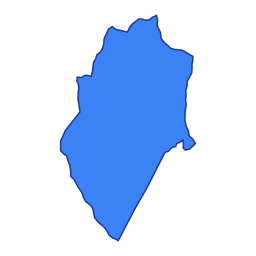 the district of Terra Nova, Bahia, Brazil
{"feature_id": "56859067B99901610018599", "entity_name": "Terra Nova", "entity_type": "district", "adm_level": 2, "iso_a3": "BRA", "parent_name": "Brazil", "parent_adm1": "Bahia", "projection": "equal_earth", "projection_center": [-38.599, -12.402], "detail": "fine", "context": "isolated", "style": "filled", "palette": "blue", "viewbox_px": 256, "rotation_deg": 0, "n_neighbors": 0, "source": "geoboundaries", "source_scale": "gbopen_adm2", "svg_char_len": 1448}
<svg xmlns="http://www.w3.org/2000/svg" viewBox="0 0 256 256"><path d="M94.7,217.8L97.7,221.6L100.2,223.9L102.8,226.0L105.2,228.3L107.0,231.3L109.0,234.9L112.6,238.0L115.8,239.2L118.2,240.6L135.5,207.7L145.1,191.1L146.9,187.9L165.0,152.3L168.3,151.4L171.5,147.8L175.6,146.5L176.9,143.4L180.1,142.2L182.8,140.2L183.4,144.4L183.2,148.0L185.3,150.1L189.7,149.0L192.9,146.1L195.4,143.5L192.8,139.1L189.3,136.0L188.2,130.5L186.4,126.7L185.0,120.8L185.0,115.0L185.3,110.3L186.2,105.1L185.6,100.0L186.0,95.0L185.7,90.6L187.0,86.1L187.2,81.3L189.7,76.9L191.6,73.3L192.0,69.1L192.0,64.7L192.7,60.3L192.9,56.3L190.0,54.8L186.8,52.9L182.5,50.3L177.4,49.7L173.6,49.3L170.5,48.1L167.6,45.4L164.4,42.6L161.2,38.8L160.4,32.3L158.4,28.3L157.0,25.1L157.6,20.3L156.5,15.4L152.2,17.4L148.8,20.1L145.4,20.1L141.9,19.1L139.1,18.9L135.9,21.2L132.6,23.7L129.9,27.0L127.4,32.1L123.1,31.0L118.9,30.1L115.7,29.3L112.2,26.6L108.7,28.9L106.4,33.8L104.2,38.6L103.7,44.0L102.6,48.1L100.8,51.5L96.8,55.0L95.6,59.2L93.6,62.1L93.0,66.6L92.5,71.4L91.0,76.6L88.1,75.4L84.9,75.4L81.3,77.5L77.2,77.1L76.9,81.1L78.4,84.5L78.8,88.3L78.2,92.5L78.0,99.0L79.2,106.3L80.0,111.9L65.2,130.7L63.2,135.5L60.6,141.0L60.6,145.6L60.7,150.7L63.7,153.9L66.5,155.8L68.1,161.0L69.9,165.9L70.6,170.9L70.9,176.6L74.1,179.4L75.7,182.6L77.9,186.6L80.0,189.9L82.1,193.0L83.2,197.0L85.8,201.6L89.0,204.1L91.3,206.2L92.9,209.2L93.6,212.6L94.7,217.8Z" fill="#3b82f6" stroke="#1e3a8a" stroke-width="1.5"/></svg>